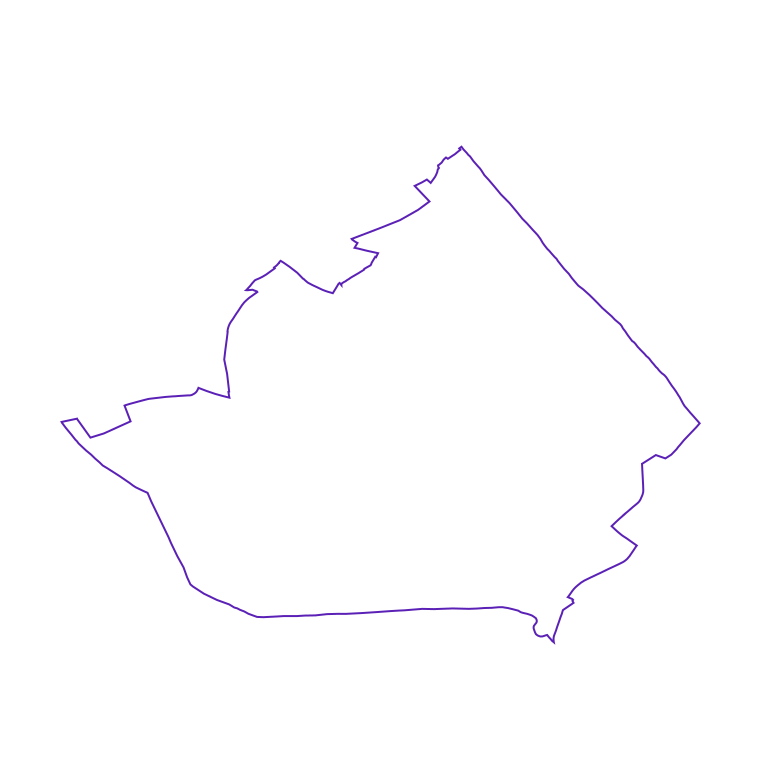 the district of Khan Yunis, Gaza Strip, Palestine, rotated 95°
{"feature_id": "87354302B21422506618890", "entity_name": "Khan Yunis", "entity_type": "district", "adm_level": 2, "iso_a3": "PSE", "parent_name": "Palestine", "parent_adm1": "Gaza Strip", "projection": "robinson", "projection_center": [34.31, 31.33], "detail": "fine", "context": "isolated", "style": "outline", "palette": "violet", "viewbox_px": 768, "rotation_deg": 95, "n_neighbors": 0, "source": "geoboundaries", "source_scale": "gbopen_adm2", "svg_char_len": 6093}
<svg xmlns="http://www.w3.org/2000/svg" viewBox="0 0 768 768"><g transform="rotate(95 384 384)"><path d="M449.9,701.9L450.6,701.5L455.6,697.0L462.1,690.6L466.6,686.4L467.4,685.3L469.9,683.0L476.2,675.0L479.9,669.6L483.6,665.1L486.9,660.5L489.7,657.1L491.8,652.8L498.9,639.2L502.0,633.7L504.6,629.1L507.2,624.9L508.6,622.2L510.6,616.9L513.1,610.0L521.2,605.7L532.1,599.2L555.4,585.3L561.2,582.2L573.5,574.9L584.2,567.7L593.7,563.3L600.5,559.4L602.4,556.7L608.6,545.1L613.7,531.6L617.1,518.9L619.7,513.7L620.3,510.6L621.5,507.8L622.8,503.3L624.7,499.1L625.9,494.7L627.1,490.2L626.8,483.8L625.0,470.9L623.9,463.5L622.7,450.0L621.6,442.7L620.5,432.3L618.2,420.6L616.9,409.1L616.4,402.5L614.1,386.0L611.8,371.1L609.7,358.0L608.5,350.0L607.7,344.1L605.8,332.9L604.7,326.4L603.9,314.6L601.6,296.0L600.6,279.9L599.6,271.9L598.4,264.4L597.6,257.3L596.4,250.5L596.0,246.4L596.2,244.2L596.4,241.0L597.2,235.7L598.1,230.5L599.4,227.9L599.9,225.6L600.5,221.3L601.1,218.7L601.7,216.5L602.8,214.4L604.1,212.3L605.4,211.5L606.8,211.1L608.3,211.3L611.7,213.5L613.0,213.8L614.5,213.6L618.3,211.9L620.0,210.8L620.8,209.6L621.4,208.3L621.9,206.2L621.6,204.0L620.1,200.5L619.8,199.6L622.2,197.3L623.3,196.0L625.2,194.2L626.5,192.3L625.8,192.5L624.7,192.7L623.2,192.9L621.8,192.9L620.6,192.8L620.1,192.7L618.9,192.4L616.5,191.7L614.3,191.1L611.1,190.4L605.7,189.0L602.8,188.3L600.4,187.7L597.7,186.9L596.9,186.7L594.7,186.3L593.6,186.0L586.0,176.7L585.5,176.1L583.6,177.4L582.6,176.8L582.1,177.3L581.8,177.8L581.7,178.0L580.3,182.3L579.9,182.0L576.6,180.0L574.3,178.7L572.1,177.3L570.8,176.3L569.9,175.6L567.5,173.3L565.4,171.1L564.7,170.4L563.5,168.8L563.1,168.2L562.5,167.5L560.8,164.7L558.4,160.7L557.8,159.6L555.2,155.2L553.3,151.9L549.1,144.9L542.6,133.7L540.5,130.3L539.9,129.5L539.4,128.9L537.9,127.3L536.8,126.3L535.6,125.5L534.1,124.4L526.6,120.2L524.7,119.2L522.9,118.1L519.6,123.8L516.7,128.7L514.7,132.5L513.9,133.9L513.4,134.6L511.5,137.4L510.2,139.2L508.9,140.9L507.1,143.2L505.8,144.9L501.8,141.4L497.9,137.9L495.0,135.1L494.3,134.6L493.7,134.0L493.8,133.9L492.3,132.5L492.2,132.6L490.3,130.6L484.8,125.3L481.0,121.4L479.8,120.3L479.4,120.0L478.7,119.5L477.7,119.0L476.8,118.5L472.7,117.1L471.7,116.8L470.5,116.6L469.9,116.5L469.2,116.4L467.9,116.4L466.7,116.5L461.8,117.1L456.1,117.9L448.3,119.0L441.0,120.0L440.9,119.8L431.1,107.0L433.6,97.2L429.4,91.7L423.5,86.9L421.2,85.5L418.9,83.8L414.1,80.5L413.3,79.9L399.7,69.0L396.8,66.9L395.7,66.1L394.6,67.2L388.4,73.7L386.0,76.3L381.9,80.4L379.8,82.6L377.4,84.4L374.6,86.2L371.4,88.3L369.3,90.0L367.5,91.3L366.2,92.3L363.8,94.3L360.8,97.0L357.2,99.9L354.7,101.8L352.8,103.3L350.9,105.3L349.9,106.8L349.2,108.0L347.5,110.1L346.1,111.6L344.6,112.9L343.3,114.6L341.0,116.8L338.7,119.2L335.6,122.0L334.3,123.6L333.3,125.1L331.4,127.0L328.0,131.0L324.8,134.6L322.1,137.0L320.5,138.8L319.5,140.6L316.4,143.4L313.9,145.6L310.6,148.2L307.8,150.8L305.5,152.3L303.8,153.9L299.8,159.6L296.7,163.1L289.3,173.1L284.9,178.1L281.1,182.6L277.4,187.1L272.3,193.9L269.1,199.0L267.2,201.0L262.1,206.1L258.1,209.5L253.6,214.6L246.3,221.5L244.3,223.0L242.7,225.0L239.0,228.9L237.0,230.9L235.1,233.2L232.0,236.1L229.7,238.1L225.7,240.9L223.8,242.6L222.1,244.1L217.7,249.0L211.5,255.6L207.3,260.6L201.0,266.6L192.7,274.9L185.0,284.0L177.5,291.4L171.4,297.6L167.2,302.2L162.5,305.8L160.8,307.3L159.1,309.2L154.1,314.4L149.9,318.0L148.3,320.1L146.5,321.8L143.5,325.2L140.9,327.5L142.8,329.6L144.0,328.3L146.1,330.6L148.5,333.0L149.2,333.8L150.5,335.5L152.9,338.5L154.1,340.0L153.7,340.7L153.1,341.6L153.0,341.8L153.0,342.1L153.2,342.3L153.4,342.4L153.5,342.5L154.7,343.6L155.0,343.9L155.4,344.2L158.1,345.7L158.6,346.0L159.5,347.0L160.7,348.1L161.5,349.2L162.4,349.0L163.0,348.8L163.5,348.6L163.7,348.4L164.0,348.1L164.8,348.5L165.3,349.0L165.5,349.1L166.0,349.2L168.1,349.4L168.8,349.6L171.0,350.3L173.2,351.2L179.6,355.0L178.4,356.6L176.6,359.1L179.8,363.7L184.0,370.7L198.2,354.6L207.7,365.4L219.4,382.4L229.3,402.1L241.9,428.0L242.3,428.9L242.8,428.5L244.9,424.9L245.8,422.7L250.9,425.2L251.4,421.1L252.7,413.0L254.2,401.3L258.4,403.0L258.0,403.8L264.4,406.9L265.3,407.1L265.7,407.2L266.6,407.6L266.9,407.7L268.2,409.6L269.2,411.1L271.0,413.7L271.3,413.8L271.6,413.7L271.8,413.8L272.6,414.8L275.9,419.2L277.8,421.9L280.4,425.6L281.4,426.9L282.3,427.9L283.1,429.0L283.6,429.7L284.3,430.5L285.1,431.4L285.8,432.6L287.0,434.2L287.5,434.7L287.8,434.9L288.2,435.1L288.6,435.2L289.2,435.1L288.9,435.4L287.2,437.0L288.1,438.0L291.6,439.7L298.0,442.9L297.4,445.9L297.0,448.0L296.5,450.1L295.9,452.2L295.6,453.3L295.2,454.4L293.7,458.4L291.7,463.9L290.0,467.9L289.8,468.4L289.2,469.4L288.5,470.4L287.4,471.9L286.2,473.4L286.2,473.8L281.6,479.1L280.6,480.3L279.9,481.4L275.3,488.6L273.9,491.1L272.1,494.2L270.3,497.7L271.3,498.6L271.9,498.9L272.2,499.1L272.6,499.1L272.7,499.4L273.6,500.0L274.1,500.4L274.3,500.5L274.5,500.6L275.1,501.2L275.9,501.9L277.5,503.7L278.3,502.9L285.3,511.0L287.6,514.2L288.1,515.0L289.3,516.9L290.5,519.1L291.1,520.3L292.0,521.7L295.2,524.1L298.0,525.9L300.8,528.1L302.2,529.1L302.5,529.4L302.5,528.7L302.4,527.8L302.1,526.0L301.7,523.9L301.6,523.6L301.6,523.0L301.8,522.4L302.1,521.5L302.8,518.9L302.9,518.6L303.1,518.4L303.4,518.2L308.2,523.8L309.8,525.7L310.7,526.6L312.5,528.3L314.1,529.7L315.2,530.6L316.8,531.6L317.8,532.3L325.2,536.3L325.8,536.7L326.0,536.8L328.4,538.1L332.8,540.4L335.3,541.9L336.3,542.4L338.1,543.2L339.7,543.7L341.4,544.1L343.2,544.4L344.9,544.5L345.5,544.5L345.6,544.3L346.2,544.3L352.3,544.5L363.4,545.0L370.2,545.2L373.6,545.3L382.1,542.8L382.5,542.7L387.5,541.2L405.1,537.6L405.4,538.3L409.1,537.4L410.4,537.0L411.1,536.8L409.9,544.2L408.6,551.2L407.2,556.9L406.5,559.8L404.9,565.5L404.0,568.5L405.3,568.9L406.5,569.4L407.8,570.0L408.6,570.6L409.1,571.0L410.1,572.1L410.7,573.0L411.3,573.9L411.8,574.8L412.1,575.8L412.3,576.8L412.5,578.7L414.0,588.6L414.4,590.8L414.7,593.1L415.5,598.0L416.0,600.9L419.1,616.0L419.5,617.6L420.6,620.8L422.5,626.1L426.0,635.6L427.6,639.6L428.1,640.6L443.3,633.2L457.7,658.8L463.0,671.8L445.6,686.7L445.3,686.8L445.6,687.8L449.9,701.9Z" fill="none" stroke="#5b21b6" stroke-width="2"/></g></svg>